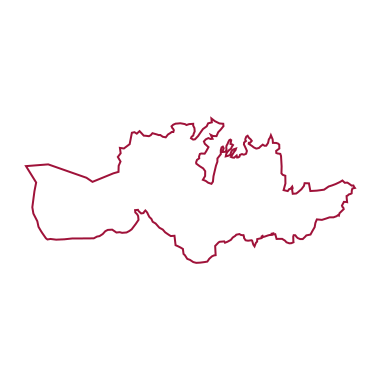 Nurabad, Samarkand, Uzbekistan (Natural Earth projection), rotated 354°
{"feature_id": "79887680B60529301489463", "entity_name": "Nurabad", "entity_type": "district", "adm_level": 2, "iso_a3": "UZB", "parent_name": "Uzbekistan", "parent_adm1": "Samarkand", "projection": "natural_earth1", "projection_center": [66.194, 39.565], "detail": "fine", "context": "isolated", "style": "outline", "palette": "rose", "viewbox_px": 384, "rotation_deg": 354, "n_neighbors": 0, "source": "geoboundaries", "source_scale": "gbopen_adm2", "svg_char_len": 4738}
<svg xmlns="http://www.w3.org/2000/svg" viewBox="0 0 384 384"><g transform="rotate(354 192 192)"><path d="M172.4,244.5L174.9,246.1L177.0,247.7L177.1,252.7L178.3,254.1L180.3,258.0L182.9,259.3L185.9,261.8L188.8,262.9L192.9,263.1L197.2,263.0L200.0,262.8L202.2,260.2L205.1,258.1L207.1,257.4L208.9,257.3L209.2,251.7L209.4,248.1L213.2,244.9L214.3,244.4L218.9,244.5L219.5,245.9L222.0,245.2L225.6,243.7L227.8,241.5L230.5,240.1L231.6,239.1L234.8,238.8L235.9,239.7L237.8,240.3L238.7,240.3L239.0,241.7L239.0,243.3L239.9,244.9L240.2,245.6L241.5,246.0L242.7,246.3L246.1,246.2L246.7,246.6L247.2,249.3L247.5,250.8L248.5,252.6L250.2,249.3L251.6,248.1L251.9,245.7L256.4,245.1L256.6,243.5L257.6,243.0L258.0,244.2L259.8,243.9L263.2,243.1L264.6,242.9L266.8,243.0L266.8,241.8L268.6,241.6L268.6,242.7L270.4,242.7L271.2,247.5L276.7,248.0L279.4,250.1L280.7,251.9L283.4,253.2L285.4,253.3L287.7,252.6L287.7,251.0L288.0,247.0L288.6,245.6L290.2,245.8L291.4,247.8L292.4,248.9L294.6,250.1L297.2,250.4L300.0,248.2L301.2,247.1L305.4,246.7L307.8,243.2L310.3,239.8L311.5,235.6L313.3,232.3L318.3,233.3L322.7,232.4L326.1,231.6L330.0,232.0L333.2,231.2L334.9,230.2L335.6,230.8L336.5,228.5L338.9,226.6L341.1,224.9L340.8,223.3L340.1,222.6L339.7,221.2L341.6,218.4L342.0,217.7L344.3,218.0L345.2,218.3L345.2,214.7L345.3,212.2L346.6,211.7L347.7,210.8L349.5,210.5L350.4,210.4L350.5,210.7L351.1,207.1L351.9,205.3L354.4,205.0L353.7,203.8L353.2,202.4L351.4,202.3L348.4,199.6L347.4,198.9L344.9,198.8L342.8,196.3L340.0,197.6L335.7,199.1L331.9,200.1L328.5,200.8L324.7,202.9L323.6,203.5L316.3,203.7L309.8,203.4L309.2,195.6L304.9,195.0L304.0,197.6L301.1,200.7L296.9,203.6L295.4,204.4L292.0,204.3L291.8,199.9L292.5,198.7L292.2,197.1L290.2,199.2L289.1,199.2L287.3,201.1L283.3,199.7L285.8,193.3L286.5,185.6L284.0,184.4L282.9,182.8L283.8,176.0L284.3,165.5L283.8,163.3L281.0,162.6L279.9,162.0L280.0,159.9L283.4,157.9L283.7,154.0L282.6,152.8L280.8,152.0L277.6,151.6L277.7,148.1L276.4,143.8L275.3,146.1L273.9,147.7L272.8,151.1L270.7,153.7L269.0,153.6L267.3,152.3L265.3,153.6L263.2,155.2L261.1,155.5L260.4,155.5L258.1,154.1L256.4,152.4L253.4,150.0L253.7,149.0L255.1,149.0L256.8,147.4L255.8,145.7L254.2,144.0L253.2,141.9L251.8,142.6L251.1,143.9L250.7,144.6L250.4,145.9L251.0,146.9L249.0,148.2L248.6,150.2L248.9,150.9L250.2,154.6L250.9,156.9L249.8,159.6L248.1,160.2L247.0,160.2L245.7,159.5L243.6,160.1L242.9,161.8L241.6,162.4L240.5,162.4L240.2,160.4L237.5,162.3L235.8,161.9L234.4,161.2L238.2,156.3L239.6,155.0L240.3,153.4L237.6,154.0L235.5,155.6L233.8,159.2L231.4,159.8L229.3,160.1L230.0,157.8L231.4,155.8L233.8,153.8L235.2,153.2L236.3,151.3L237.2,150.2L237.7,149.6L237.2,149.1L235.3,148.2L236.4,144.6L235.7,143.9L234.7,144.2L233.7,145.5L232.2,148.2L231.2,149.5L230.7,151.4L230.8,153.2L229.7,155.5L226.3,155.4L228.1,151.8L227.4,150.1L226.1,150.7L225.7,151.7L225.0,153.4L224.6,157.4L220.8,161.3L220.4,164.6L218.6,168.3L215.0,178.6L213.9,183.9L212.2,185.9L209.1,184.5L206.8,182.4L204.1,181.0L206.7,177.5L207.3,172.7L205.6,169.7L202.2,167.0L199.2,164.2L199.2,162.9L200.3,160.6L202.7,159.3L202.7,157.6L203.8,155.0L205.2,154.7L208.6,155.2L210.3,153.1L213.1,149.1L209.8,145.4L209.1,143.0L211.2,141.1L213.9,140.1L216.0,141.2L218.0,141.2L216.7,137.2L218.7,138.5L222.2,139.0L224.3,135.3L227.0,133.0L230.2,129.8L230.2,127.4L226.5,126.7L222.1,123.9L219.0,120.9L219.0,124.8L215.2,125.4L213.5,128.2L209.5,130.5L207.2,133.1L205.5,135.1L204.0,136.9L200.5,139.9L198.6,140.0L196.6,138.4L197.4,137.0L199.1,136.0L199.7,134.4L201.0,132.0L201.1,128.7L200.1,126.1L200.3,124.3L196.2,124.2L193.5,124.8L192.0,123.7L189.3,122.9L187.5,122.4L184.8,122.4L182.9,122.3L180.4,123.1L178.5,124.5L179.1,126.3L179.8,127.1L180.4,128.6L179.7,130.4L178.1,130.2L176.6,131.1L174.1,132.3L171.6,134.9L168.7,134.0L166.4,132.0L164.8,131.9L163.1,131.1L161.1,130.3L158.8,129.4L156.9,131.2L155.0,132.0L152.1,131.3L149.9,130.9L148.2,128.6L146.2,126.0L143.2,128.2L141.0,126.5L138.4,126.8L135.0,137.9L128.8,141.6L124.9,140.6L125.1,146.0L121.9,149.4L124.1,154.2L121.8,158.3L121.0,164.3L115.8,165.2L94.1,171.5L88.5,166.8L51.9,149.5L29.6,148.9L38.0,166.3L35.4,174.7L31.6,190.5L32.0,196.9L35.1,204.9L35.7,210.6L37.7,215.0L38.7,217.0L41.9,222.8L43.3,224.1L46.3,223.9L51.9,225.2L60.1,225.7L68.4,225.7L77.9,226.7L85.0,227.4L89.5,227.8L92.9,226.4L95.4,226.2L98.8,224.5L101.7,221.9L104.3,220.9L108.7,221.1L112.6,224.4L115.9,224.4L118.2,225.3L122.7,225.4L125.7,224.2L128.1,222.8L132.8,217.8L135.9,214.1L135.9,210.3L135.2,208.5L133.5,206.4L133.5,204.1L136.4,204.1L136.9,205.4L139.2,208.0L141.5,207.9L142.4,206.7L143.7,205.5L144.4,206.4L145.3,207.8L146.2,210.4L147.0,212.4L148.8,214.5L149.8,217.5L152.5,219.5L155.8,224.1L159.0,226.3L161.1,229.3L164.5,232.2L166.3,233.6L170.0,233.7L170.1,243.2L172.4,244.5Z" fill="none" stroke="#9f1239" stroke-width="2"/></g></svg>